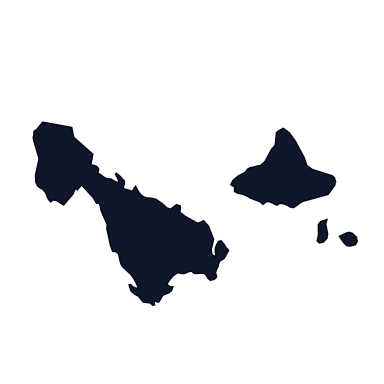 outline of Malampa, rotated 347°
{"feature_id": "VUT-563", "entity_name": "Malampa", "entity_type": "Province", "adm_level": 1, "iso_a3": "VUT", "parent_name": "Vanuatu", "parent_adm1": "", "projection": "robinson", "projection_center": [167.696, -16.227], "detail": "fine", "context": "isolated", "style": "filled", "palette": "ink", "viewbox_px": 384, "rotation_deg": 347, "n_neighbors": 0, "source": "natural_earth", "source_scale": "10m", "svg_char_len": 2845}
<svg xmlns="http://www.w3.org/2000/svg" viewBox="0 0 384 384"><g transform="rotate(347 192 192)"><path d="M206.8,246.3L209.3,246.1L211.2,249.6L212.8,254.1L214.5,257.0L208.7,263.6L206.8,264.5L203.6,265.3L202.1,267.3L200.8,270.1L198.3,273.2L196.7,275.9L196.9,278.3L196.8,280.4L194.0,282.1L190.0,282.1L188.2,279.8L187.3,276.5L185.6,274.0L183.3,273.3L176.8,272.1L175.5,271.5L174.0,269.0L170.4,268.9L166.7,269.6L164.5,269.4L159.8,267.3L154.4,269.6L149.5,273.4L146.6,276.3L148.2,278.0L148.9,279.1L149.8,279.7L152.0,280.2L149.6,283.7L146.6,285.0L140.2,286.0L135.0,291.7L133.5,291.4L131.8,290.0L130.5,290.0L130.0,293.6L128.4,293.6L126.4,290.7L119.6,288.2L116.6,281.7L113.3,278.7L110.3,274.7L109.8,268.4L111.4,268.4L112.4,270.3L114.0,271.9L115.9,273.2L118.2,274.0L117.5,269.5L116.1,263.9L113.9,258.5L107.8,249.5L106.7,246.4L106.4,242.2L106.6,237.0L106.4,235.5L105.2,233.7L103.6,232.7L102.1,232.2L101.3,231.8L100.6,225.7L100.8,208.4L102.1,204.8L99.5,191.1L99.3,189.5L99.5,184.5L98.9,182.3L97.8,181.6L96.6,181.4L96.1,180.5L94.8,175.6L86.0,160.3L82.1,162.9L80.8,164.1L79.3,162.1L75.3,167.4L64.0,175.7L58.1,169.8L54.8,168.4L52.2,169.9L50.5,167.0L49.9,164.3L49.6,161.4L48.8,158.4L46.9,155.5L44.7,153.5L42.9,151.2L42.1,147.6L43.1,140.9L50.5,125.2L49.4,106.6L49.6,103.0L50.9,100.7L51.3,98.5L52.2,97.0L54.7,96.3L62.2,90.4L89.3,102.1L89.0,112.0L103.8,132.9L99.5,142.8L102.6,144.1L105.2,146.1L106.2,148.8L104.5,152.4L106.7,154.4L108.9,157.1L111.1,159.3L116.0,161.2L119.8,165.0L122.4,165.9L123.2,164.8L122.8,162.3L121.5,157.3L122.5,156.8L124.9,159.8L128.4,165.9L128.1,168.4L126.2,171.5L126.6,173.8L132.1,176.7L133.4,177.6L134.9,177.6L135.7,176.1L136.5,175.3L137.3,174.7L138.3,173.8L139.0,177.0L140.1,180.2L141.5,183.1L143.4,185.5L146.2,187.5L151.9,189.3L155.2,191.1L160.7,197.0L163.9,201.9L167.4,204.0L174.0,200.9L176.3,202.3L177.2,202.7L177.2,204.8L175.5,208.9L179.9,214.3L190.6,223.9L196.9,222.7L200.3,229.0L202.4,243.0L197.7,252.4L197.3,257.6L201.0,260.7L201.3,255.2L202.3,251.7L204.1,249.0L206.8,246.3ZM297.9,226.0L294.5,227.0L290.9,228.8L287.4,230.0L284.4,228.7L281.5,226.0L278.2,223.8L274.9,222.8L271.8,223.9L265.3,218.8L262.0,218.2L258.4,220.0L256.0,216.7L247.8,211.2L243.9,207.6L240.4,205.3L236.1,203.3L233.5,200.9L234.8,196.9L231.5,193.6L234.7,189.9L240.7,186.8L248.0,184.9L251.6,182.1L254.0,181.5L265.0,181.5L270.1,178.6L279.3,168.2L282.7,165.9L283.9,164.3L287.7,153.2L289.9,152.0L295.3,150.5L300.2,156.4L304.1,165.8L308.9,183.4L309.8,192.1L314.5,197.3L332.1,207.7L333.9,210.1L334.2,214.3L332.4,217.7L324.0,224.9L297.9,226.0ZM305.5,262.8L307.8,252.2L310.6,249.9L317.2,249.2L315.0,253.4L314.7,263.2L313.0,267.4L308.7,270.3L304.7,270.3L303.0,267.7L305.5,262.8ZM334.1,280.2L330.8,279.1L328.7,275.9L325.7,268.4L332.9,266.8L336.0,266.7L339.0,268.4L341.9,273.0L341.9,277.3L339.3,280.1L334.1,280.2Z" fill="#0f172a" stroke="#020617" stroke-width="1.5"/></g></svg>